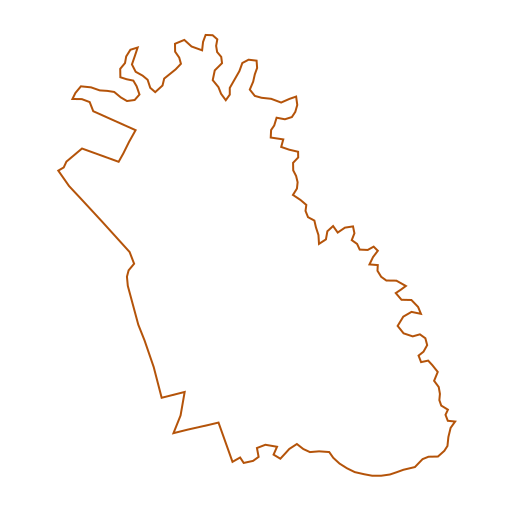 outline of Anchieta, Santa Catarina, Brazil, rotated 89°
{"feature_id": "56859067B17921911489726", "entity_name": "Anchieta", "entity_type": "district", "adm_level": 2, "iso_a3": "BRA", "parent_name": "Brazil", "parent_adm1": "Santa Catarina", "projection": "robinson", "projection_center": [-53.357, -26.532], "detail": "fine", "context": "isolated", "style": "outline", "palette": "amber", "viewbox_px": 512, "rotation_deg": 89, "n_neighbors": 0, "source": "geoboundaries", "source_scale": "gbopen_adm2", "svg_char_len": 2589}
<svg xmlns="http://www.w3.org/2000/svg" viewBox="0 0 512 512"><g transform="rotate(89 256 256)"><path d="M461.4,283.1L457.2,275.4L462.7,271.9L460.8,262.5L456.9,256.9L448.0,258.4L444.9,249.9L447.1,238.3L454.9,241.9L459.1,235.2L453.7,230.0L449.5,226.1L444.7,218.4L449.8,212.1L453.0,205.5L452.4,196.3L453.3,186.2L459.1,182.3L465.0,176.1L469.8,168.8L473.8,161.0L476.1,151.6L477.7,143.8L477.9,134.8L476.8,125.9L474.6,119.0L472.3,112.3L469.8,100.8L462.0,93.0L459.7,87.0L459.7,77.6L454.1,71.1L449.3,67.9L440.3,66.8L431.2,64.4L425.0,59.8L424.1,67.1L418.1,69.3L413.0,66.8L408.8,73.4L403.3,75.2L397.1,74.5L390.2,75.6L383.9,80.1L375.1,76.3L368.2,81.6L363.6,85.7L365.0,92.8L358.4,95.2L354.6,90.2L348.1,86.4L341.2,88.1L337.2,93.5L339.1,100.7L335.9,109.8L328.4,115.6L319.2,109.8L314.6,101.5L316.7,92.1L309.8,94.8L302.7,101.4L302.3,111.3L295.5,116.9L292.1,111.6L288.6,106.7L283.1,116.1L282.8,126.1L279.0,131.2L272.9,134.8L267.2,134.4L266.4,142.7L259.1,139.0L252.9,134.1L248.7,138.2L251.9,144.2L251.4,152.2L245.7,154.7L241.8,160.0L235.0,157.2L228.1,158.5L229.2,166.6L234.0,173.9L227.4,178.4L232.5,184.2L240.6,185.8L245.0,192.8L236.1,193.2L228.3,195.6L221.6,197.0L218.1,203.3L211.8,205.7L205.8,204.8L200.7,210.6L195.6,218.0L189.3,213.9L183.0,213.1L176.7,214.5L171.0,217.3L163.5,217.3L158.2,212.1L152.5,212.1L150.3,220.9L147.4,228.9L139.9,226.7L137.8,239.2L130.3,238.7L125.8,235.5L118.1,233.0L119.8,224.7L117.7,217.7L112.6,214.2L105.7,212.1L97.3,213.1L99.5,219.8L103.0,228.2L99.1,238.1L97.9,247.7L95.9,254.4L89.5,259.3L81.7,255.8L74.3,254.0L68.0,251.6L60.7,252.0L59.6,260.0L62.8,266.3L70.9,269.4L79.1,274.3L87.5,279.3L94.2,279.4L99.7,283.5L93.2,288.1L86.5,290.6L79.4,296.2L69.7,294.0L62.6,286.6L56.3,287.3L51.4,291.3L45.2,292.2L38.7,290.9L34.5,295.5L34.1,302.5L41.0,305.2L49.4,306.3L45.4,316.8L38.7,323.9L42.4,333.3L50.3,333.3L56.3,329.3L62.5,327.7L68.0,333.1L72.2,338.5L77.0,344.7L83.9,346.5L90.4,353.9L86.0,358.8L77.9,361.3L73.7,366.2L69.7,373.1L62.3,376.7L53.5,373.5L45.5,370.7L47.6,378.0L54.2,382.3L60.8,383.6L66.5,388.5L74.9,388.5L77.0,382.3L78.5,375.6L84.2,372.4L92.5,369.7L97.9,374.6L98.8,382.3L95.0,388.5L89.5,394.9L88.3,401.9L87.7,409.3L84.5,418.0L83.3,428.1L89.8,433.7L95.8,436.8L96.1,427.4L99.2,419.6L108.4,416.2L128.1,374.2L139.6,380.9L151.2,386.9L159.4,391.7L145.5,428.1L158.3,443.9L164.1,446.7L167.2,452.2L182.8,441.7L196.2,429.6L218.7,409.5L249.8,382.3L261.6,378.0L268.1,383.6L274.4,385.4L283.6,384.7L322.6,374.9L338.5,368.9L365.3,360.2L396.1,352.8L390.7,329.7L414.1,334.2L431.7,341.6L428.4,327.3L424.0,306.0L421.9,296.4L461.4,283.1Z" fill="none" stroke="#b45309" stroke-width="2"/></g></svg>